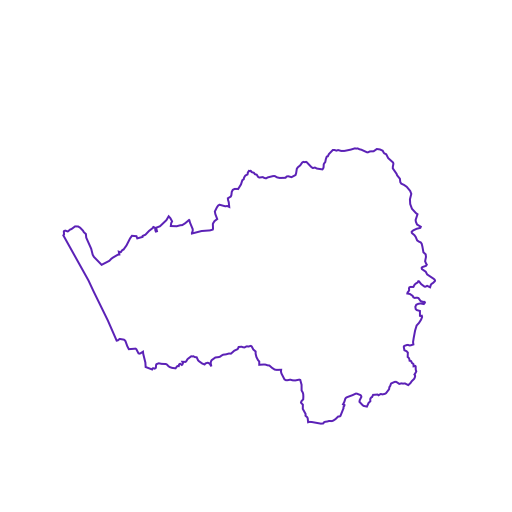 Quang Ninh, Quảng Bình, Vietnam (Albers equal-area conic projection), rotated 199°
{"feature_id": "81297802B18152468964479", "entity_name": "Quang Ninh", "entity_type": "district", "adm_level": 2, "iso_a3": "VNM", "parent_name": "Vietnam", "parent_adm1": "Quảng Bình", "projection": "albers", "projection_center": [106.503, 17.253], "detail": "fine", "context": "isolated", "style": "outline", "palette": "violet", "viewbox_px": 512, "rotation_deg": 199, "n_neighbors": 0, "source": "geoboundaries", "source_scale": "gbopen_adm2", "svg_char_len": 6055}
<svg xmlns="http://www.w3.org/2000/svg" viewBox="0 0 512 512"><g transform="rotate(199 256 256)"><path d="M78.4,223.6L79.5,225.8L80.2,229.8L81.3,237.3L81.5,242.6L80.1,245.8L79.2,249.6L79.1,252.4L79.8,253.5L81.0,252.8L81.5,252.8L83.1,257.4L86.4,257.2L87.7,257.8L88.8,259.8L88.6,262.1L87.0,263.6L85.0,264.7L81.7,265.2L81.1,266.9L81.7,267.5L83.3,267.0L85.7,267.0L88.7,269.1L90.2,269.0L92.4,268.0L93.8,268.2L94.9,269.3L98.1,270.2L100.7,269.8L100.8,270.9L100.1,272.9L100.1,273.7L100.8,275.1L100.8,276.2L100.0,277.0L97.1,278.0L96.7,280.6L95.7,282.3L94.6,283.5L94.3,285.0L93.6,285.1L90.7,283.2L86.7,281.9L85.7,282.2L84.5,283.5L81.2,283.1L81.3,285.6L81.0,286.7L79.8,288.2L78.7,290.4L78.7,291.0L79.4,291.8L80.6,292.3L88.2,294.3L90.4,296.4L94.8,297.6L95.5,298.6L95.2,299.6L92.1,302.0L91.7,303.4L92.8,304.3L94.4,306.1L95.0,310.5L96.1,312.8L98.9,314.0L101.7,319.0L103.3,321.5L104.7,322.5L106.5,322.6L108.7,323.2L111.2,326.0L113.0,327.3L115.7,328.3L116.3,328.7L116.7,329.7L115.6,331.5L113.0,334.0L109.8,336.1L109.7,337.3L114.0,338.2L114.8,339.1L115.9,340.3L116.8,342.0L116.9,348.1L118.7,348.6L123.9,351.4L127.1,355.3L128.9,359.7L129.4,365.3L131.4,367.7L136.0,370.5L139.2,371.4L142.2,371.7L143.6,372.8L145.1,375.9L148.8,378.2L149.9,379.5L155.2,383.4L155.7,385.0L156.1,387.9L156.8,389.0L162.9,391.6L166.0,394.6L168.0,394.8L168.8,395.2L170.5,396.8L173.5,397.1L176.6,396.5L178.9,393.3L182.3,392.0L184.0,390.4L184.9,390.2L191.0,390.8L192.9,390.6L194.9,390.8L196.4,390.1L197.5,390.0L201.1,387.4L206.5,384.2L209.5,383.1L212.8,382.9L214.3,381.8L216.2,381.8L217.9,381.2L220.3,376.0L220.5,373.7L221.3,373.2L221.5,372.7L221.5,370.3L221.1,367.4L221.7,365.7L221.8,364.7L221.0,361.9L221.0,360.7L221.4,359.5L226.9,358.5L229.1,358.8L230.8,357.7L231.2,357.7L232.8,358.2L238.6,361.2L239.3,361.3L240.4,360.6L241.9,360.4L242.8,359.3L243.7,356.1L245.3,353.5L245.8,351.8L245.0,347.2L245.0,345.4L248.1,342.1L251.4,341.9L252.7,341.3L253.2,340.6L253.4,339.8L253.7,339.5L259.0,337.5L261.7,337.2L264.3,337.7L265.9,337.1L270.4,334.2L271.8,332.7L273.6,332.5L275.3,332.8L278.3,331.3L279.0,331.3L279.8,331.5L281.8,333.1L283.7,333.0L285.1,334.0L287.5,333.9L288.4,334.7L288.9,334.8L289.7,334.2L290.4,334.2L290.9,332.2L290.6,331.1L290.6,330.3L292.1,328.8L292.5,327.8L292.8,326.0L292.6,324.6L293.6,323.2L293.5,318.8L294.7,313.5L295.4,313.4L298.1,312.4L299.5,311.0L299.8,308.8L299.1,305.5L299.2,304.0L301.4,301.4L300.7,299.9L299.3,298.0L297.3,293.7L299.5,293.9L301.2,293.0L307.2,292.6L308.2,291.4L308.8,289.3L309.4,284.7L308.1,282.4L304.7,278.3L306.6,275.5L307.2,272.9L307.2,272.2L305.5,267.7L305.5,266.9L307.9,265.2L315.6,261.9L323.9,256.4L324.1,256.9L324.0,259.1L324.6,260.8L329.3,266.1L330.7,268.2L331.0,268.3L333.7,263.8L335.8,261.2L337.6,260.4L340.7,258.3L346.3,256.6L346.9,259.5L346.6,261.4L349.3,263.9L351.5,265.1L352.4,260.7L356.5,252.8L359.7,250.2L357.7,247.2L358.6,246.5L359.4,247.3L360.5,249.7L362.4,250.1L362.6,249.9L362.5,249.2L365.3,244.9L367.5,240.1L369.7,238.1L369.5,237.1L374.0,234.0L375.5,235.8L379.9,234.7L380.8,231.6L381.9,223.8L383.4,218.8L383.9,218.6L384.5,217.7L385.0,215.8L385.5,215.4L387.1,215.4L385.7,212.9L387.1,212.2L390.7,208.0L391.9,206.3L393.1,203.7L399.1,197.4L409.0,202.4L410.8,204.0L414.2,209.2L422.5,218.1L424.0,221.4L426.6,222.5L427.8,223.6L431.5,225.5L433.8,226.0L436.7,225.1L439.3,221.3L440.2,220.7L441.8,218.1L442.1,217.9L444.6,217.9L445.6,217.1L445.7,216.7L444.5,213.8L444.9,212.8L406.4,178.3L398.1,169.7L375.1,146.8L360.2,130.6L359.2,131.2L357.9,133.2L353.7,133.9L352.9,133.7L351.7,133.0L348.4,128.9L345.9,126.5L339.7,129.2L338.8,128.9L335.4,125.7L334.5,125.7L333.6,126.3L331.7,128.7L330.8,126.8L325.9,119.2L324.2,115.1L317.3,114.9L317.2,115.9L316.8,116.4L315.1,116.5L314.3,117.7L315.0,120.5L314.9,121.3L313.0,122.9L310.1,123.3L306.1,124.5L304.7,124.3L302.9,123.3L301.3,122.9L298.9,122.9L295.5,123.6L294.7,126.0L294.2,126.5L293.2,126.7L293.4,128.3L293.1,129.0L292.6,129.4L290.7,128.8L290.3,129.4L290.2,131.0L291.2,132.0L288.2,132.9L287.7,133.7L287.2,136.1L286.8,136.8L284.6,140.1L283.4,140.3L282.7,140.8L280.9,140.5L279.1,140.9L276.8,138.5L275.8,138.0L271.8,136.8L269.3,136.7L268.8,138.0L267.0,139.3L266.3,139.4L264.6,139.0L262.3,137.1L264.1,140.2L264.2,142.2L264.0,143.1L261.4,146.8L258.3,148.3L257.0,149.3L256.3,150.5L254.9,152.0L252.4,153.2L249.8,155.0L247.9,155.5L245.7,159.4L243.1,161.9L242.9,162.7L242.8,164.3L240.2,165.5L238.5,165.5L237.1,165.8L235.6,167.4L234.9,167.7L233.7,167.9L231.7,169.3L230.9,169.2L230.2,168.7L228.1,166.7L225.3,165.6L224.5,163.4L222.7,160.6L220.3,158.3L218.6,157.3L217.5,154.2L213.4,155.9L211.7,156.4L209.4,156.4L207.7,156.8L204.5,155.5L201.4,154.7L199.5,155.0L195.2,156.6L194.8,154.9L193.7,153.2L188.9,148.6L187.4,148.3L185.6,148.9L183.4,150.2L180.8,150.4L179.4,150.8L178.4,151.1L174.8,153.2L173.8,153.2L171.0,149.1L169.1,143.7L167.3,142.1L166.4,140.8L165.4,138.3L164.7,135.8L165.7,133.7L165.8,132.2L165.5,131.8L163.3,130.7L162.0,126.7L157.7,122.8L157.2,121.1L155.1,120.2L154.3,119.4L152.6,115.8L151.6,116.5L149.2,117.2L140.1,118.6L139.1,119.0L137.9,119.6L137.5,121.0L136.7,121.7L134.6,122.8L133.2,123.8L130.5,124.6L129.3,125.6L127.7,127.7L126.1,130.9L124.5,131.7L124.1,132.3L123.7,140.5L124.1,141.7L123.7,143.3L124.0,144.1L125.4,144.1L125.0,147.0L125.1,150.3L124.7,151.3L124.0,152.1L119.5,155.8L116.8,158.4L115.8,158.7L111.9,158.5L111.1,158.0L110.5,157.1L111.0,153.4L110.7,151.8L106.7,149.7L105.5,149.3L102.1,149.7L101.7,153.8L100.6,155.9L101.3,157.6L101.4,158.6L100.8,160.1L100.3,160.5L100.1,162.8L95.9,164.6L94.8,164.2L93.3,166.0L92.8,166.2L91.4,166.3L89.3,167.6L88.4,168.6L86.8,173.4L87.2,175.5L86.8,176.7L86.8,179.3L86.5,179.7L83.9,182.1L82.7,182.6L81.3,182.4L78.9,181.7L77.1,182.9L75.4,183.2L73.7,184.0L70.0,183.5L68.6,186.1L68.0,188.3L66.5,191.3L66.3,192.7L66.4,194.1L66.8,195.0L67.6,195.5L67.1,197.5L66.9,199.1L68.0,200.6L69.1,203.6L69.6,203.9L71.1,203.0L71.8,204.9L72.2,205.2L73.8,205.7L75.1,207.1L76.7,207.0L77.2,208.1L78.4,209.4L79.7,209.9L81.0,214.1L82.7,215.0L85.0,215.2L86.7,218.2L86.7,218.9L86.2,219.5L84.3,221.0L83.4,221.4L81.7,221.4L80.5,222.0L78.4,223.6Z" fill="none" stroke="#5b21b6" stroke-width="2"/></g></svg>